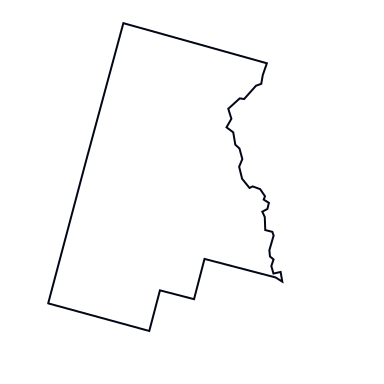 the district of Highlands, Florida, United States of America, rotated 15°
{"feature_id": "52423323B72534166962454", "entity_name": "Highlands", "entity_type": "district", "adm_level": 2, "iso_a3": "USA", "parent_name": "United States of America", "parent_adm1": "Florida", "projection": "equal_earth", "projection_center": [-81.156, 27.34], "detail": "fine", "context": "isolated", "style": "outline", "palette": "ink", "viewbox_px": 384, "rotation_deg": 15, "n_neighbors": 0, "source": "geoboundaries", "source_scale": "gbopen_adm2", "svg_char_len": 691}
<svg xmlns="http://www.w3.org/2000/svg" viewBox="0 0 384 384"><g transform="rotate(15 192 192)"><path d="M81.9,336.7L82.0,336.8L186.7,337.3L186.5,295.3L221.7,295.0L221.4,253.4L294.9,252.9L302.4,255.2L298.3,246.3L291.8,249.7L287.8,243.0L288.2,236.0L284.0,234.1L281.8,228.2L282.1,212.9L279.9,209.7L272.6,209.8L268.8,197.4L265.0,192.8L269.2,188.9L269.1,182.6L263.2,180.8L263.6,177.2L257.1,171.6L249.2,170.9L246.5,173.2L237.0,166.3L231.0,155.4L232.1,147.2L226.6,137.7L221.6,135.1L216.4,123.7L208.6,120.6L211.1,111.1L205.5,102.2L213.9,89.2L218.3,88.7L226.3,72.8L230.9,69.6L230.1,60.7L231.0,48.3L93.9,46.8L82.0,46.7L81.6,191.4L81.9,336.7Z" fill="none" stroke="#020617" stroke-width="2"/></g></svg>